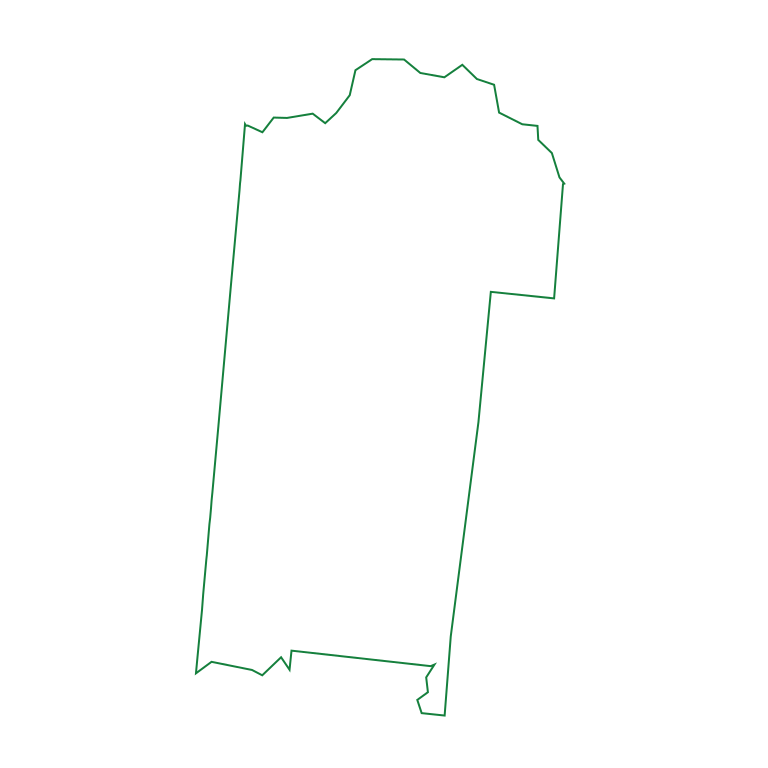 the district of Clay, Arkansas, United States of America, rotated 275°
{"feature_id": "52423323B51482059036815", "entity_name": "Clay", "entity_type": "district", "adm_level": 2, "iso_a3": "USA", "parent_name": "United States of America", "parent_adm1": "Arkansas", "projection": "orthographic", "projection_center": [-90.411, 36.349], "detail": "fine", "context": "isolated", "style": "outline", "palette": "green", "viewbox_px": 768, "rotation_deg": 275, "n_neighbors": 0, "source": "geoboundaries", "source_scale": "gbopen_adm2", "svg_char_len": 933}
<svg xmlns="http://www.w3.org/2000/svg" viewBox="0 0 768 768"><g transform="rotate(275 384 384)"><path d="M79.4,221.9L92.2,236.4L87.6,277.5L83.2,288.1L102.8,305.3L91.1,314.8L110.3,315.1L107.0,455.1L108.9,458.7L95.4,451.6L80.8,454.6L72.2,444.7L59.4,450.2L59.0,473.3L138.4,472.5L354.2,481.4L485.1,482.4L484.1,546.0L598.7,544.9L599.3,546.1L605.1,540.8L628.7,531.1L640.6,516.4L654.5,514.4L654.8,499.1L664.4,475.0L691.7,467.6L695.9,450.0L708.8,434.2L694.8,417.4L697.0,393.1L709.0,375.7L706.6,343.9L694.1,328.2L668.7,324.7L649.8,312.8L638.7,302.7L647.1,289.4L640.6,264.2L639.8,250.9L624.9,241.4L624.2,240.9L629.6,225.7L629.2,224.1L630.8,222.9L594.7,223.1L574.3,223.2L571.3,223.1L564.1,223.2L467.3,222.9L332.3,222.7L331.9,222.7L327.4,222.7L261.2,222.5L253.1,222.4L245.3,222.5L235.5,222.5L229.3,222.3L198.0,222.4L193.8,222.3L159.1,222.2L143.2,222.4L95.7,222.0L81.1,221.9L79.4,221.9Z" fill="none" stroke="#15803d" stroke-width="2"/></g></svg>